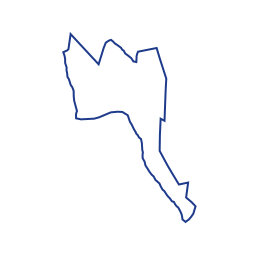 the district of Nova Londrina, Paraná, Brazil, rotated 167°
{"feature_id": "56859067B43615120098255", "entity_name": "Nova Londrina", "entity_type": "district", "adm_level": 2, "iso_a3": "BRA", "parent_name": "Brazil", "parent_adm1": "Paraná", "projection": "equal_earth", "projection_center": [-52.953, -22.751], "detail": "fine", "context": "isolated", "style": "outline", "palette": "blue", "viewbox_px": 256, "rotation_deg": 167, "n_neighbors": 0, "source": "geoboundaries", "source_scale": "gbopen_adm2", "svg_char_len": 1396}
<svg xmlns="http://www.w3.org/2000/svg" viewBox="0 0 256 256"><g transform="rotate(167 128 128)"><path d="M79.8,36.5L82.6,41.3L87.0,47.2L81.7,61.3L91.1,61.5L95.7,75.6L98.0,82.9L102.3,98.6L98.5,114.0L94.1,129.7L90.8,126.8L83.1,155.3L79.6,167.5L81.4,188.5L82.1,199.5L101.0,200.1L102.4,198.2L103.5,196.0L104.5,192.2L105.1,190.4L107.8,191.7L109.1,195.3L111.7,198.6L114.0,201.3L114.7,204.2L116.0,205.6L116.8,207.8L119.9,211.4L121.7,213.2L123.1,215.6L124.7,217.7L127.2,217.4L130.5,216.1L131.7,214.3L133.6,211.6L142.3,196.7L162.8,232.4L168.3,218.2L169.8,217.3L174.0,216.4L173.6,212.8L173.7,209.6L174.6,205.5L174.2,200.8L174.9,198.2L175.0,194.9L175.5,191.4L174.6,188.8L174.3,184.7L174.1,182.6L173.1,180.3L172.6,176.5L173.8,170.8L174.3,166.5L174.1,160.4L173.9,155.9L174.9,154.4L175.7,152.7L176.4,149.1L171.8,147.0L158.8,144.7L153.9,144.9L141.2,147.1L134.5,146.2L129.9,144.9L125.4,140.5L124.7,133.6L123.6,130.4L122.5,125.4L121.5,122.4L121.1,120.4L120.1,118.8L119.4,116.3L117.8,114.3L117.9,110.0L119.0,103.6L119.0,100.9L120.0,98.0L120.5,95.2L119.4,91.5L119.4,87.5L118.2,84.3L117.0,80.8L115.6,77.5L113.9,75.0L112.9,71.2L111.6,69.4L109.8,66.8L109.3,64.0L108.2,60.2L106.8,58.4L105.1,53.7L104.2,51.9L103.0,50.0L101.7,46.7L99.9,45.7L99.3,43.3L98.4,41.1L96.9,39.1L95.8,35.1L95.2,31.8L95.2,29.5L95.5,26.7L93.1,23.6L89.4,25.1L87.0,26.8L83.7,29.7L79.8,36.5Z" fill="none" stroke="#1e3a8a" stroke-width="2"/></g></svg>